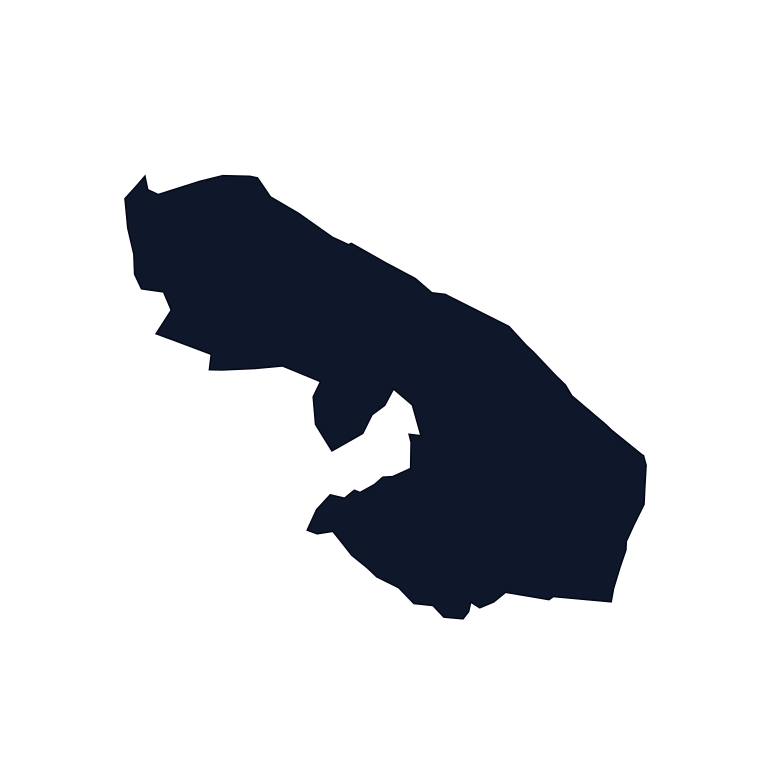 Petrofani, Larnaca, Cyprus (Natural Earth projection), rotated 140°
{"feature_id": "46923920B51924091831082", "entity_name": "Petrofani", "entity_type": "district", "adm_level": 2, "iso_a3": "CYP", "parent_name": "Cyprus", "parent_adm1": "Larnaca", "projection": "natural_earth1", "projection_center": [33.515, 35.031], "detail": "fine", "context": "isolated", "style": "filled", "palette": "ink", "viewbox_px": 768, "rotation_deg": 140, "n_neighbors": 0, "source": "geoboundaries", "source_scale": "gbopen_adm2", "svg_char_len": 1308}
<svg xmlns="http://www.w3.org/2000/svg" viewBox="0 0 768 768"><g transform="rotate(140 384 384)"><path d="M503.6,607.2L493.7,596.2L499.5,577.3L526.3,569.0L513.1,545.9L497.3,517.8L508.6,507.2L499.1,498.9L473.3,479.1L450.1,463.0L431.1,426.6L446.5,419.7L462.4,397.1L464.2,385.1L466.9,366.2L432.0,359.8L413.0,368.1L397.1,367.2L379.9,374.1L375.8,349.7L388.9,320.6L397.1,329.4L400.7,322.0L417.9,302.2L436.9,307.5L444.8,313.4L455.8,313.1L472.1,316.3L475.0,321.7L487.7,321.9L496.4,333.7L516.4,331.1L536.8,321.4L531.5,312.2L517.9,304.0L518.2,291.9L518.8,273.6L515.0,254.1L513.5,240.9L503.7,218.5L502.2,196.6L488.9,182.8L488.0,166.9L474.4,153.3L465.5,155.2L457.7,161.2L454.5,151.0L440.1,146.5L424.8,146.3L406.3,124.6L396.2,112.7L391.0,112.4L350.0,71.1L339.4,79.9L321.2,91.8L305.3,101.4L299.5,107.7L282.8,115.6L262.2,124.6L250.3,137.5L235.4,153.3L231.2,162.4L231.8,163.6L239.4,202.6L240.1,209.7L247.7,254.3L245.7,266.6L247.1,280.6L249.0,312.6L250.2,322.1L251.3,347.7L277.8,409.2L279.4,413.2L288.7,423.1L292.2,444.6L304.7,475.5L318.6,512.7L321.6,513.5L329.2,529.6L339.8,569.8L350.7,600.3L348.4,623.2L353.2,629.3L373.5,647.2L394.4,657.5L435.2,674.3L440.1,684.7L433.5,696.9L446.5,694.8L463.3,692.5L480.1,668.1L492.3,644.1L504.5,628.4L508.6,612.8L503.6,607.2Z" fill="#0f172a" stroke="#020617" stroke-width="1.5"/></g></svg>